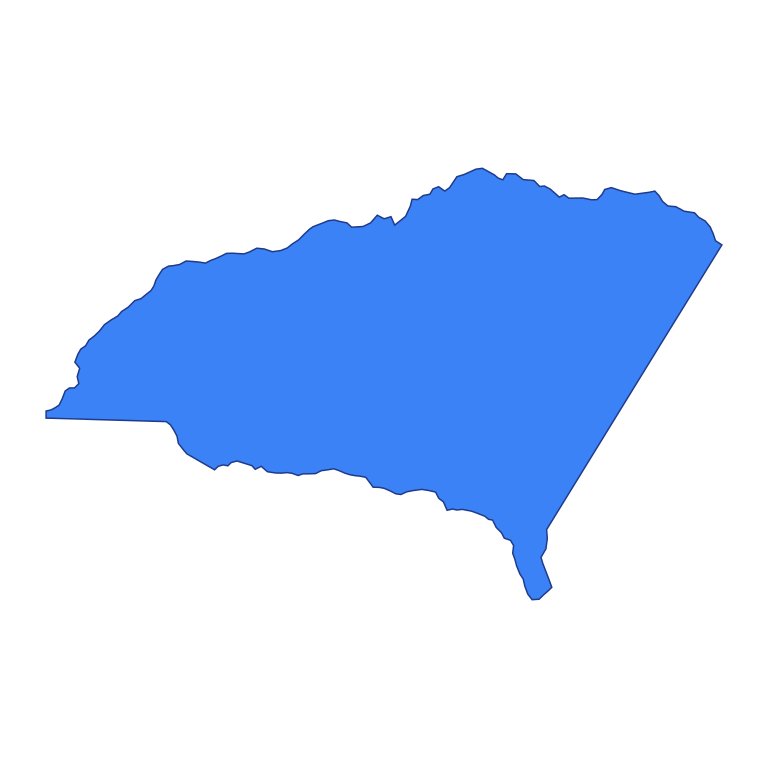 Pedro Osório, Rio Grande do Sul, Brazil (Robinson projection)
{"feature_id": "56859067B23145775816716", "entity_name": "Pedro Osório", "entity_type": "district", "adm_level": 2, "iso_a3": "BRA", "parent_name": "Brazil", "parent_adm1": "Rio Grande do Sul", "projection": "robinson", "projection_center": [-52.904, -31.981], "detail": "fine", "context": "isolated", "style": "filled", "palette": "blue", "viewbox_px": 768, "rotation_deg": 0, "n_neighbors": 0, "source": "geoboundaries", "source_scale": "gbopen_adm2", "svg_char_len": 2585}
<svg xmlns="http://www.w3.org/2000/svg" viewBox="0 0 768 768"><path d="M721.9,244.9L715.5,240.7L713.2,233.8L710.2,227.0L705.2,221.0L698.7,217.3L694.5,212.8L684.1,211.2L675.8,206.7L667.9,206.0L662.6,201.5L659.1,195.7L654.8,191.1L649.1,192.3L634.9,194.2L620.9,190.8L611.3,187.6L604.7,189.5L601.9,194.6L597.1,199.6L591.6,199.8L582.7,198.0L568.9,198.2L564.1,194.7L559.3,197.1L550.4,189.2L544.4,186.0L539.7,186.5L533.9,180.5L523.2,179.6L515.8,173.9L506.6,173.7L502.8,179.8L498.2,178.1L494.2,174.8L482.4,168.3L475.8,169.2L464.1,174.5L456.9,176.7L449.6,187.6L444.8,191.1L438.6,186.7L432.9,189.0L429.9,194.2L423.3,195.5L417.6,199.6L412.1,199.2L410.4,206.0L405.6,216.4L394.7,225.1L391.0,216.7L384.1,218.8L377.3,215.2L370.6,222.9L363.1,226.5L351.6,227.2L347.0,222.9L340.0,221.5L334.4,220.0L328.3,220.7L322.7,223.0L317.2,225.1L313.1,226.7L309.5,229.2L304.3,234.1L298.7,239.8L292.0,244.2L287.2,248.0L280.6,250.6L272.3,251.7L264.4,249.0L256.8,248.2L249.3,252.0L244.0,253.9L238.8,253.6L232.5,253.2L226.4,253.4L221.3,256.0L215.1,258.8L210.5,260.5L205.5,263.1L199.3,262.1L193.1,261.5L186.1,261.0L179.6,264.5L173.0,265.7L168.5,266.1L162.5,269.4L158.6,275.4L155.8,280.3L154.0,285.8L151.0,290.6L146.9,293.8L140.9,298.7L134.8,300.6L128.2,307.2L121.6,311.5L117.9,315.9L111.5,319.7L104.5,324.6L99.4,331.1L94.3,336.0L89.0,340.0L85.6,345.8L80.8,349.1L77.8,354.4L74.9,362.2L79.7,368.3L77.2,376.6L78.8,383.6L74.6,387.9L69.3,388.0L65.2,391.0L62.2,398.8L59.1,405.1L54.7,408.0L50.8,410.0L46.1,411.0L46.1,418.1L166.2,421.6L170.5,424.9L173.7,429.9L177.0,436.1L178.4,443.4L183.9,450.4L187.1,454.0L214.6,469.8L218.2,466.3L223.2,464.9L227.8,465.8L231.3,462.5L237.0,461.0L241.8,462.5L247.0,464.1L252.0,465.7L255.2,469.3L261.2,466.3L267.4,471.7L275.7,473.0L281.6,473.1L287.1,472.6L292.1,473.3L298.2,475.5L302.7,473.9L309.0,473.8L315.6,473.6L321.2,470.7L327.8,469.8L333.7,468.8L339.0,470.6L344.8,473.1L349.8,474.7L355.3,475.7L359.6,476.1L365.8,477.3L369.9,482.8L373.1,487.2L379.3,487.4L384.1,488.3L390.4,491.0L395.8,493.8L400.9,494.5L406.8,491.8L413.5,490.5L421.9,489.4L428.7,490.5L435.6,492.1L438.8,498.4L443.4,501.8L447.1,510.3L452.5,509.0L456.7,510.0L462.4,509.4L467.0,510.3L471.3,511.1L476.1,512.8L480.2,514.4L484.8,516.2L488.5,519.3L492.6,520.1L496.2,527.4L501.5,532.8L504.3,538.2L510.5,540.3L513.6,545.5L512.7,553.3L514.8,559.0L516.6,565.8L520.0,574.2L523.2,579.0L524.8,586.1L527.8,594.1L532.1,599.7L539.1,599.2L543.6,594.8L548.2,590.8L551.8,587.3L549.1,579.9L545.9,571.5L542.7,563.2L541.0,557.3L545.9,548.9L547.3,538.6L546.6,529.6L661.8,342.3L721.9,244.9Z" fill="#3b82f6" stroke="#1e3a8a" stroke-width="1.5"/></svg>